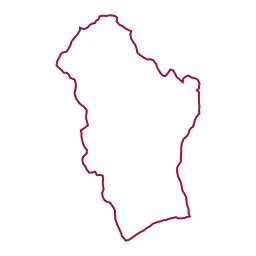 outline of Mateus Leme, Minas Gerais, Brazil
{"feature_id": "56859067B3328901062770", "entity_name": "Mateus Leme", "entity_type": "district", "adm_level": 2, "iso_a3": "BRA", "parent_name": "Brazil", "parent_adm1": "Minas Gerais", "projection": "equal_earth", "projection_center": [-44.439, -20.031], "detail": "fine", "context": "isolated", "style": "outline", "palette": "rose", "viewbox_px": 256, "rotation_deg": 0, "n_neighbors": 0, "source": "geoboundaries", "source_scale": "gbopen_adm2", "svg_char_len": 2369}
<svg xmlns="http://www.w3.org/2000/svg" viewBox="0 0 256 256"><path d="M67.0,51.4L64.7,52.0L62.3,52.6L60.5,54.8L58.9,58.1L57.3,61.3L56.5,65.6L59.1,67.9L61.6,70.2L63.9,72.8L66.6,72.7L68.9,74.7L70.0,77.6L72.3,78.8L74.4,79.4L75.6,82.7L76.1,85.9L75.5,89.2L74.6,93.7L76.0,98.3L77.8,101.1L79.4,103.3L81.2,104.8L83.1,106.2L85.2,108.1L86.8,110.4L86.4,113.8L86.0,118.2L87.1,122.1L88.0,125.1L86.0,126.7L83.6,128.6L80.8,130.4L81.5,133.2L81.5,136.9L82.4,141.0L83.3,144.4L84.9,147.6L86.9,150.0L86.8,153.3L85.0,155.1L82.6,157.6L82.4,160.7L83.2,163.9L85.2,166.1L86.4,168.9L88.8,172.5L92.0,172.5L95.3,171.8L96.9,175.2L99.5,174.9L102.6,175.5L103.2,179.0L102.7,182.4L103.0,185.3L103.6,189.7L102.1,193.1L102.6,196.5L104.3,200.0L106.8,201.7L110.2,202.8L112.2,205.7L113.7,208.0L115.0,210.9L115.0,215.2L115.5,219.8L117.1,224.3L118.9,227.9L120.0,230.8L121.3,233.1L121.8,236.0L123.5,237.8L125.6,240.6L128.7,240.0L131.0,238.5L133.0,237.1L135.4,235.3L138.2,233.5L140.7,231.9L143.5,230.7L146.5,228.2L149.7,226.6L152.6,223.9L155.0,222.9L157.9,222.0L161.3,221.1L163.4,220.2L165.8,220.1L168.4,219.0L171.6,218.2L173.9,217.7L176.0,217.2L178.2,218.3L181.4,218.4L184.5,218.0L186.8,217.0L189.8,216.5L188.6,212.8L188.6,209.2L187.4,206.1L186.7,203.4L186.5,200.5L186.1,197.1L184.3,193.5L182.5,190.5L181.9,187.6L181.2,183.8L180.0,180.2L178.5,177.7L177.7,174.7L177.1,172.0L177.1,167.8L178.9,164.5L180.8,161.8L181.0,156.8L181.2,151.1L181.3,146.7L181.9,143.2L183.5,139.2L186.7,136.2L188.4,133.8L189.4,130.4L190.9,128.1L192.9,126.9L193.8,124.2L195.0,119.7L197.3,115.8L199.3,113.4L199.1,109.9L199.5,106.3L198.9,101.8L198.9,98.9L198.8,95.3L199.1,92.5L196.9,90.3L198.9,88.5L199.5,83.6L198.5,80.9L197.0,79.1L194.5,78.2L191.1,77.4L188.4,75.6L186.3,76.3L183.4,78.3L182.7,82.2L179.2,79.1L176.6,76.9L175.3,74.2L173.3,70.5L170.2,69.6L168.2,72.8L165.3,76.2L162.4,75.3L160.7,73.2L159.0,70.8L157.6,68.5L156.1,64.0L153.0,60.1L150.4,59.2L148.1,59.6L146.0,58.7L144.0,57.8L141.4,55.9L139.5,54.7L137.4,52.6L136.4,48.0L135.1,44.6L133.1,42.0L131.1,38.5L130.3,34.5L131.1,30.9L128.5,30.1L125.0,28.2L122.1,25.9L119.3,24.7L116.6,21.3L117.1,17.6L115.2,16.1L112.1,15.4L108.8,15.4L106.5,16.1L103.0,15.7L99.7,16.3L98.3,19.5L96.2,20.7L94.9,23.0L92.6,23.5L89.8,25.0L88.1,27.1L85.3,28.8L82.1,28.8L80.1,27.6L79.7,30.7L77.6,34.1L75.6,36.5L73.4,39.0L71.4,41.9L70.4,45.2L68.8,48.3L67.0,51.4Z" fill="none" stroke="#9f1239" stroke-width="2"/></svg>